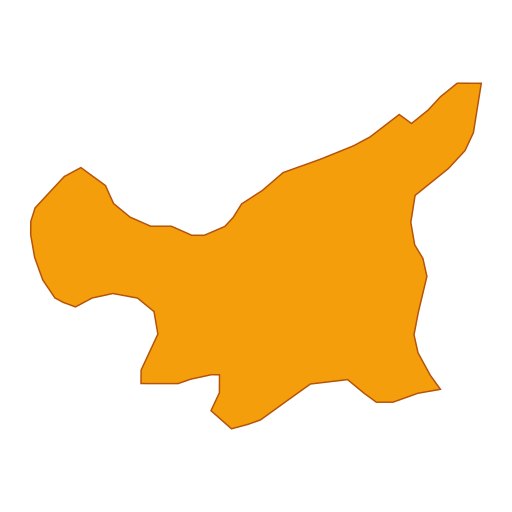 Anak, Hwanghae-namdo, North Korea
{"feature_id": "82179303B532613620970", "entity_name": "Anak", "entity_type": "district", "adm_level": 2, "iso_a3": "PRK", "parent_name": "North Korea", "parent_adm1": "Hwanghae-namdo", "projection": "equal_earth", "projection_center": [125.436, 38.463], "detail": "fine", "context": "isolated", "style": "filled", "palette": "amber", "viewbox_px": 512, "rotation_deg": 0, "n_neighbors": 0, "source": "geoboundaries", "source_scale": "gbopen_adm2", "svg_char_len": 1062}
<svg xmlns="http://www.w3.org/2000/svg" viewBox="0 0 512 512"><path d="M80.9,167.6L64.3,176.5L47.6,194.4L35.1,207.9L30.8,221.4L30.7,234.8L34.6,257.3L42.7,279.8L46.1,284.9L54.9,297.9L63.2,302.4L75.5,306.9L92.1,298.0L112.8,293.5L137.6,298.1L154.0,311.6L157.9,334.1L149.5,352.1L141.1,370.1L141.0,383.5L149.2,383.6L161.6,383.6L178.1,383.6L190.6,379.2L211.3,374.7L219.5,374.8L219.4,392.8L211.0,410.7L231.5,428.8L248.1,424.3L260.5,419.9L273.0,410.9L285.4,401.9L310.4,384.0L347.6,379.6L364.0,393.2L376.3,402.2L392.9,402.2L417.7,393.3L440.4,389.3L430.3,375.3L418.0,352.8L414.0,334.8L418.3,312.3L426.9,276.4L422.9,258.4L414.7,244.9L410.8,222.4L415.1,195.4L431.7,182.0L448.3,168.6L465.0,150.6L473.4,132.7L477.7,105.7L481.3,83.3L457.2,83.2L440.6,96.6L428.1,110.1L411.5,123.5L399.2,114.5L370.1,136.9L353.5,145.8L320.4,159.2L295.6,168.1L283.1,172.6L262.3,190.5L241.6,203.9L233.2,217.4L224.9,226.4L204.2,235.3L191.8,235.3L171.2,226.2L150.6,226.2L130.0,217.1L113.6,203.6L109.5,194.6L105.5,185.6L93.2,176.6L80.9,167.6Z" fill="#f59e0b" stroke="#b45309" stroke-width="1.5"/></svg>